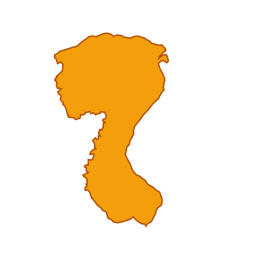 outline of Asprogia, Paphos, Cyprus, rotated 162°
{"feature_id": "46923920B38834541661991", "entity_name": "Asprogia", "entity_type": "district", "adm_level": 2, "iso_a3": "CYP", "parent_name": "Cyprus", "parent_adm1": "Paphos", "projection": "albers", "projection_center": [32.61, 34.943], "detail": "fine", "context": "isolated", "style": "filled", "palette": "amber", "viewbox_px": 256, "rotation_deg": 162, "n_neighbors": 0, "source": "geoboundaries", "source_scale": "gbopen_adm2", "svg_char_len": 3407}
<svg xmlns="http://www.w3.org/2000/svg" viewBox="0 0 256 256"><g transform="rotate(162 128 128)"><path d="M141.3,29.1L139.0,30.9L135.6,31.5L133.5,32.9L130.4,36.2L128.2,38.1L126.9,40.7L124.4,42.9L119.9,44.5L118.5,47.1L117.5,50.4L117.7,54.8L117.8,57.2L120.2,60.0L122.7,64.2L126.6,68.3L128.0,73.3L130.4,76.0L131.1,77.9L134.4,80.8L136.4,85.3L137.0,88.4L137.0,92.5L137.8,96.9L138.5,100.7L138.8,104.3L137.3,105.8L136.4,107.9L134.8,110.3L131.8,112.0L129.9,115.5L128.0,116.9L124.5,120.6L123.7,123.6L121.5,127.2L117.5,130.0L113.6,132.5L109.3,135.8L102.3,139.6L97.2,143.2L90.1,146.5L85.3,151.2L81.8,153.3L82.2,154.9L81.2,157.1L80.1,159.2L78.5,161.7L77.9,164.1L78.5,170.5L79.2,173.8L79.3,179.6L77.2,181.1L73.7,181.5L71.1,178.1L68.9,179.2L68.6,183.1L68.8,185.7L70.2,186.3L73.4,186.2L77.1,184.9L75.9,186.5L72.7,188.1L68.7,189.7L68.0,191.0L68.8,194.0L70.4,196.8L72.1,196.7L75.0,198.3L77.5,200.1L79.4,201.1L80.3,203.6L82.9,206.2L84.6,208.5L86.4,209.7L88.7,211.5L90.8,212.6L94.4,213.1L95.1,213.2L97.3,212.8L98.1,212.7L101.4,214.5L103.7,215.7L106.3,218.4L109.6,219.8L113.2,219.6L115.1,222.3L117.7,224.2L119.9,225.0L123.8,225.3L128.7,224.7L130.2,224.8L133.7,226.6L136.8,226.9L140.6,225.6L143.8,224.7L150.7,221.8L152.2,221.5L155.2,221.8L160.7,221.8L165.8,221.9L169.9,221.9L172.3,220.6L175.0,220.2L176.2,217.7L175.0,215.9L175.0,212.9L175.0,211.0L171.8,211.6L170.2,208.9L170.9,207.1L172.6,202.9L176.6,200.7L179.8,199.3L179.7,198.6L180.4,198.6L181.3,197.7L181.5,197.0L181.7,196.5L182.5,196.7L182.8,195.7L182.2,195.2L181.9,194.2L181.8,193.2L181.9,192.3L181.9,192.2L183.0,190.6L182.8,187.5L181.2,187.4L179.3,186.1L181.7,185.0L183.7,183.9L183.3,181.7L181.9,179.8L182.0,178.3L182.0,178.2L183.3,176.9L183.2,174.6L181.7,172.0L181.8,171.9L182.7,170.5L181.3,168.5L181.0,165.2L181.3,161.0L180.7,158.5L180.8,158.5L181.4,158.6L181.1,156.7L179.5,155.9L177.5,154.9L175.6,153.9L175.4,152.3L173.8,152.2L172.2,152.3L170.7,152.3L169.9,153.0L169.3,155.0L168.7,155.5L167.3,154.4L164.7,154.5L163.9,156.0L162.0,155.6L159.2,155.5L159.0,153.2L155.8,152.8L154.8,150.6L153.1,150.9L152.2,151.1L151.5,150.6L149.8,150.7L149.4,152.0L147.8,151.3L145.3,150.3L145.1,145.9L145.4,145.1L145.5,145.0L146.4,144.1L147.3,143.8L148.7,144.0L149.7,143.1L149.3,141.7L148.2,140.6L148.1,140.1L149.1,140.4L149.8,140.3L149.9,140.1L150.4,139.1L151.1,137.2L151.5,136.1L152.9,135.4L153.2,134.4L155.6,135.1L157.7,131.8L157.0,129.2L157.1,129.3L158.5,129.7L159.1,128.2L160.0,126.9L161.4,126.9L162.0,128.6L163.5,128.2L165.4,127.0L164.8,124.2L164.9,121.1L165.9,119.6L165.0,118.0L167.7,118.1L170.2,117.1L172.3,115.2L171.5,114.2L168.5,113.8L169.4,111.4L172.0,109.0L173.3,109.1L175.5,110.3L176.1,108.3L177.2,105.0L178.5,105.7L180.4,105.6L181.4,104.7L179.8,102.9L181.0,100.3L180.3,99.2L180.1,98.8L179.7,98.2L179.6,97.8L179.7,97.7L180.0,97.5L180.8,97.7L182.5,97.5L183.5,97.4L183.7,97.0L183.8,96.9L184.1,96.9L185.4,97.1L185.4,96.7L185.2,95.8L184.7,95.0L183.0,93.2L182.8,92.4L183.0,91.8L183.3,91.0L183.6,90.3L183.7,89.3L183.8,88.3L184.1,87.6L185.2,87.5L185.0,87.1L184.7,85.9L184.8,85.8L185.4,85.5L187.3,84.5L188.0,82.2L187.3,81.9L185.4,81.4L184.5,79.4L184.0,78.2L184.3,77.0L184.0,75.5L184.4,73.6L184.1,72.3L183.7,72.3L183.3,70.9L182.0,67.2L180.7,63.6L178.2,59.9L177.5,57.4L176.0,56.3L174.6,54.4L174.9,48.5L172.0,45.9L170.8,43.1L167.4,41.2L163.2,40.6L158.4,40.5L154.4,40.6L150.5,41.7L148.2,37.1L144.9,33.0L141.5,31.2L141.3,29.1Z" fill="#f59e0b" stroke="#b45309" stroke-width="1.5"/></g></svg>